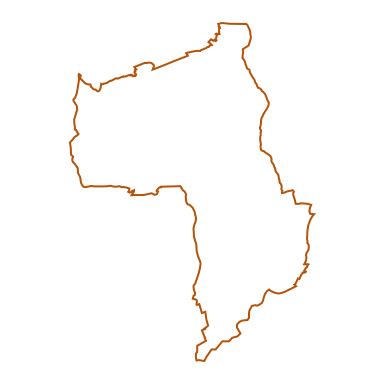 outline of Darmanesti, Arges, Romania
{"feature_id": "2599482B43149351667502", "entity_name": "Darmanesti", "entity_type": "district", "adm_level": 2, "iso_a3": "ROU", "parent_name": "Romania", "parent_adm1": "Arges", "projection": "equal_earth", "projection_center": [24.892, 44.998], "detail": "fine", "context": "isolated", "style": "outline", "palette": "amber", "viewbox_px": 384, "rotation_deg": 0, "n_neighbors": 0, "source": "geoboundaries", "source_scale": "gbopen_adm2", "svg_char_len": 5805}
<svg xmlns="http://www.w3.org/2000/svg" viewBox="0 0 384 384"><path d="M307.3,242.9L307.5,240.9L307.0,238.8L307.3,234.7L307.2,233.2L307.4,231.2L307.8,228.5L307.9,227.1L308.4,225.1L310.6,219.1L312.6,215.9L314.1,214.2L310.2,213.8L309.4,211.5L309.9,207.9L311.2,204.9L307.6,203.8L300.8,203.3L299.1,203.8L298.0,203.9L295.7,203.8L294.8,199.8L293.4,195.4L293.2,194.3L293.2,193.2L293.9,191.8L292.7,190.2L286.5,191.6L285.4,192.3L282.0,193.1L281.9,192.6L282.4,190.9L281.5,189.4L281.3,188.8L281.7,187.5L281.7,186.6L281.4,185.9L281.5,185.2L281.1,184.6L280.7,183.7L279.6,182.7L279.7,182.0L279.4,181.0L279.4,179.9L278.8,178.1L278.5,175.6L278.2,174.7L277.7,173.9L277.1,173.4L276.5,172.5L275.7,171.4L275.0,168.1L274.3,167.0L273.9,165.8L273.8,164.9L271.8,162.2L271.6,161.5L271.4,160.5L271.6,158.8L270.7,156.5L269.5,155.2L265.8,152.8L263.7,151.1L261.8,150.6L261.2,150.0L260.9,149.3L260.7,147.9L260.6,145.7L260.9,144.7L260.7,143.6L260.7,142.6L260.4,141.7L260.1,138.6L260.3,136.5L260.5,135.9L260.7,134.7L260.6,133.1L260.7,132.2L261.0,131.3L260.9,130.0L260.2,129.2L259.9,127.6L260.6,125.7L261.0,122.5L261.0,120.4L261.3,119.2L261.5,118.1L262.7,116.1L263.2,114.6L265.4,111.0L266.0,109.9L266.9,108.9L267.9,106.7L268.6,104.9L268.8,102.6L267.3,99.8L266.4,97.2L265.1,94.1L264.1,92.9L262.3,91.1L261.7,90.9L261.2,89.5L259.8,88.3L258.0,87.7L256.8,85.2L256.6,84.1L255.7,83.2L255.3,82.5L254.3,79.6L252.6,77.2L250.4,73.4L249.8,71.8L249.6,70.1L249.3,69.7L247.2,68.6L245.6,64.3L244.8,61.2L242.4,57.7L242.7,56.4L242.7,54.8L243.2,52.4L242.8,49.2L248.2,45.8L248.8,44.9L250.3,40.0L250.9,37.6L250.0,31.2L249.2,28.8L247.3,24.8L246.2,24.0L230.0,23.8L222.3,23.0L218.2,23.9L218.8,25.5L218.6,26.4L219.0,26.7L219.5,26.7L219.7,27.0L220.0,27.8L219.1,27.8L219.1,32.5L219.3,34.0L216.8,33.7L216.2,33.7L215.7,33.9L215.7,34.1L217.8,34.4L217.1,34.7L216.7,35.0L216.4,37.3L215.7,38.7L215.8,39.2L215.8,39.8L216.5,40.2L216.5,40.5L215.7,41.1L214.3,40.0L213.5,40.9L211.0,39.3L208.5,42.1L210.4,43.5L211.8,45.1L209.8,45.5L209.2,46.4L208.7,46.9L207.2,47.2L206.0,48.2L204.1,48.8L203.6,49.2L201.2,50.0L200.2,51.0L197.6,50.8L194.6,51.2L189.1,52.3L186.2,53.1L187.5,55.0L187.3,55.1L187.7,55.8L173.8,61.2L165.6,64.6L152.7,69.6L153.9,66.3L153.7,64.8L151.5,63.1L149.9,62.6L148.0,62.7L146.5,63.0L144.5,63.0L134.4,67.0L134.9,67.6L135.3,68.5L135.8,69.0L136.3,69.4L134.9,70.2L135.3,71.1L135.0,71.2L134.4,72.1L134.6,72.9L135.6,73.7L136.2,74.6L136.2,74.8L135.3,75.0L135.3,76.0L133.1,76.2L132.8,75.5L132.6,75.5L132.2,75.1L131.6,75.4L131.1,74.9L130.8,75.4L130.3,75.0L129.8,75.3L129.5,75.1L129.1,75.1L128.3,75.3L127.0,75.9L126.3,76.2L125.7,76.2L125.2,76.5L123.5,76.8L123.3,76.4L118.4,78.4L117.3,78.6L116.7,78.3L116.0,78.3L111.4,80.8L111.0,80.8L110.6,80.6L109.3,81.3L107.3,82.7L105.1,83.5L103.8,83.6L103.1,84.1L102.6,84.2L101.9,84.1L101.2,83.8L101.1,85.2L100.7,86.6L100.7,87.5L100.3,88.7L99.7,90.1L99.1,90.8L98.4,91.3L97.4,91.2L96.5,90.5L95.5,89.5L94.6,89.5L93.7,89.3L92.5,88.3L91.9,87.5L91.1,86.9L90.7,86.4L90.8,85.6L90.6,84.9L90.2,84.4L89.6,84.4L89.0,84.5L86.6,84.0L85.5,83.5L85.2,83.1L84.8,83.0L84.4,82.7L84.0,82.0L82.8,81.1L81.8,79.9L80.9,79.3L80.6,78.8L80.4,77.9L80.3,77.1L80.4,76.3L80.8,75.5L78.9,74.1L78.6,74.9L79.1,79.3L76.9,92.9L75.0,98.0L73.6,99.1L73.3,100.4L76.7,105.8L77.2,109.4L76.4,112.2L74.2,119.4L74.2,122.5L74.9,127.1L75.1,129.7L76.2,130.0L76.5,131.1L77.0,131.5L77.2,132.0L77.6,132.8L77.7,133.2L78.1,133.6L78.3,133.6L78.5,133.9L77.6,135.1L75.0,136.7L73.8,138.0L72.5,139.8L69.9,142.5L70.0,142.6L70.2,143.9L70.8,148.3L71.0,154.6L73.1,156.7L72.3,158.8L72.4,160.8L73.1,162.2L74.8,163.9L77.7,168.0L78.0,171.1L77.8,172.5L79.5,175.9L80.2,177.5L81.0,182.7L81.8,184.5L83.3,186.7L85.0,187.2L90.8,186.1L91.9,186.0L93.9,186.4L103.1,186.4L106.7,186.3L110.7,185.8L113.2,186.5L115.5,186.7L117.0,186.6L119.3,186.2L121.1,186.9L122.1,187.2L123.4,187.0L126.6,187.6L129.3,188.5L129.2,190.1L128.7,191.3L128.3,191.6L128.2,191.8L129.3,192.5L129.6,192.5L130.6,192.2L131.1,192.0L131.9,191.1L132.6,191.0L133.1,190.5L133.4,190.5L134.0,190.2L134.0,191.3L133.0,193.1L131.5,194.7L131.4,195.3L132.4,195.1L142.7,195.0L144.3,194.9L151.5,193.3L152.7,193.7L153.5,194.3L154.7,194.8L155.6,194.6L156.8,194.2L157.2,193.5L157.5,192.7L158.0,191.6L157.3,191.5L156.8,191.2L156.6,191.0L156.7,190.6L158.8,187.8L159.7,187.3L161.1,187.3L161.1,186.7L180.4,186.2L182.8,190.2L184.3,191.3L185.2,192.4L186.1,194.5L185.7,196.8L186.2,201.6L187.6,204.3L188.9,204.6L190.5,205.6L192.8,207.9L194.6,211.8L196.0,218.1L195.8,220.9L194.6,223.9L193.5,228.4L194.0,236.5L195.2,241.1L196.3,244.2L196.7,251.2L198.2,256.8L200.0,261.1L200.6,263.5L199.9,268.4L198.6,273.6L195.2,283.6L193.7,285.5L193.5,286.7L193.9,289.8L195.0,292.8L194.9,294.9L193.5,295.9L192.8,298.8L194.1,299.0L196.1,299.7L196.7,300.2L196.8,300.5L196.8,302.7L196.6,303.6L196.4,304.1L197.0,305.0L199.3,304.1L201.9,313.0L205.3,311.8L206.4,319.5L208.1,325.6L206.0,327.5L204.3,328.6L204.8,329.0L201.9,330.4L205.0,337.8L204.7,337.9L206.0,340.8L197.3,345.7L197.2,348.2L197.3,349.5L197.1,352.2L196.1,353.3L195.9,354.9L195.9,357.6L196.2,358.6L196.5,360.5L199.0,360.1L204.3,361.0L206.3,357.1L211.6,349.4L215.6,349.5L222.4,341.3L229.1,341.3L232.2,337.8L237.4,336.4L240.4,333.4L236.9,327.5L237.0,325.0L237.7,323.6L239.6,321.8L242.1,320.6L247.5,320.0L249.0,317.8L249.0,312.8L249.5,310.3L251.9,305.9L255.0,305.2L257.3,305.7L261.6,303.3L263.1,300.6L263.7,297.6L265.2,293.6L267.2,290.9L269.2,289.6L270.6,290.9L274.4,292.6L275.7,293.0L278.9,293.5L280.9,293.1L284.6,291.9L296.0,286.2L294.5,284.7L295.1,284.5L298.0,278.4L299.4,279.0L301.2,274.8L301.7,274.3L302.5,272.9L302.9,273.0L304.4,272.6L305.6,272.2L305.9,271.7L304.1,270.9L304.3,270.7L304.9,269.7L305.7,268.1L307.0,267.2L307.3,265.9L308.4,264.4L307.4,264.2L304.2,264.3L305.7,261.4L306.2,259.8L306.4,257.3L306.0,255.0L306.6,253.0L308.6,249.5L308.8,245.4L308.1,243.8L307.3,242.9Z" fill="none" stroke="#b45309" stroke-width="2"/></svg>